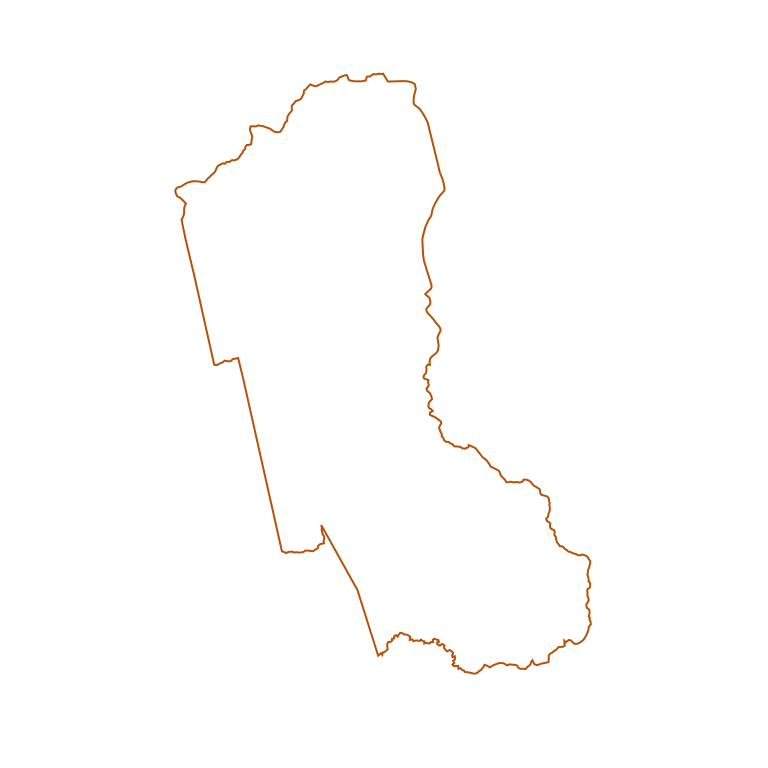 Likuyani, Western, Kenya, rotated 167°
{"feature_id": "3690345B37507144009314", "entity_name": "Likuyani", "entity_type": "district", "adm_level": 2, "iso_a3": "KEN", "parent_name": "Kenya", "parent_adm1": "Western", "projection": "orthographic", "projection_center": [35.073, 0.767], "detail": "fine", "context": "isolated", "style": "outline", "palette": "amber", "viewbox_px": 768, "rotation_deg": 167, "n_neighbors": 0, "source": "geoboundaries", "source_scale": "gbopen_adm2", "svg_char_len": 6091}
<svg xmlns="http://www.w3.org/2000/svg" viewBox="0 0 768 768"><g transform="rotate(167 384 384)"><path d="M236.0,109.9L236.8,111.5L235.5,113.8L234.7,116.8L235.4,119.1L236.8,120.4L236.6,123.4L233.2,127.2L233.0,129.1L233.5,131.9L232.7,134.4L232.6,136.6L231.6,138.5L229.3,139.2L228.4,141.3L228.0,143.6L229.1,145.5L228.5,147.6L228.4,149.7L228.8,152.0L226.7,157.3L225.3,159.3L224.4,161.2L223.3,163.2L222.9,165.0L223.9,167.4L224.7,170.0L225.9,171.4L229.2,173.3L231.3,172.9L233.5,173.5L235.0,175.0L238.6,177.0L240.3,178.5L242.2,179.3L243.2,181.1L244.9,182.5L245.9,184.9L247.5,186.0L249.2,186.5L249.9,188.5L251.1,191.0L251.3,193.9L251.0,196.3L252.0,198.6L250.9,201.4L251.4,203.7L253.4,204.9L254.3,206.4L254.2,208.6L253.3,210.7L254.5,212.5L256.0,213.8L256.4,216.2L254.0,217.8L252.8,220.7L250.9,223.5L250.3,226.0L250.1,229.0L249.3,230.8L249.5,232.7L249.1,234.8L249.7,236.8L250.9,238.1L255.4,240.5L256.3,242.2L256.0,244.7L256.1,246.6L259.1,249.7L260.7,250.9L263.1,255.6L264.9,257.6L267.3,259.0L269.5,259.3L271.5,257.6L274.1,257.5L276.6,258.6L279.4,258.9L281.8,260.1L284.8,260.3L286.9,260.7L287.6,263.3L288.9,265.5L290.1,267.2L290.9,269.3L291.0,271.1L291.4,273.2L292.5,274.5L294.4,276.0L298.6,279.5L299.3,281.9L301.1,286.4L302.3,288.2L304.2,290.1L309.2,300.7L311.1,302.4L315.2,305.4L316.1,303.4L320.1,302.8L322.1,303.7L323.7,305.5L326.0,306.4L328.4,307.0L329.9,307.9L330.7,310.0L332.8,311.3L334.2,313.1L336.2,313.5L338.0,315.4L338.4,318.1L339.6,320.2L338.9,322.3L339.8,324.8L340.1,329.1L338.6,331.2L337.1,332.6L337.0,334.7L341.6,340.1L343.1,341.3L344.8,342.4L346.3,343.7L345.5,345.9L342.6,346.7L343.6,348.7L345.4,350.4L345.9,352.1L344.3,356.1L340.6,358.4L340.6,361.5L341.4,365.0L343.5,367.6L343.6,370.2L341.7,371.4L340.6,372.9L340.8,375.4L339.9,377.9L343.7,380.4L343.9,382.2L342.9,383.6L340.8,385.1L339.4,388.1L339.0,391.3L336.9,393.1L335.0,392.2L334.5,395.9L333.1,398.6L330.6,400.3L326.3,402.3L324.2,404.2L322.7,407.4L322.0,409.7L321.6,416.5L321.0,418.2L317.0,423.1L316.6,425.5L317.6,428.2L319.8,432.3L321.5,436.4L325.2,442.9L326.1,445.0L326.1,447.2L324.7,448.7L321.8,450.7L320.5,452.7L320.2,455.4L320.4,457.8L321.5,459.4L322.7,460.8L323.6,462.3L316.6,466.5L315.7,468.2L315.5,470.0L317.4,495.5L316.8,501.3L314.6,513.9L314.0,516.6L312.0,520.9L308.3,527.8L304.1,533.4L300.8,536.6L299.7,538.2L298.3,541.4L296.8,544.2L293.7,548.3L289.0,553.4L286.9,555.2L283.0,557.9L281.7,559.0L281.0,560.8L280.7,567.1L281.2,572.5L282.0,577.2L282.1,580.0L282.0,584.0L282.6,628.4L282.9,630.4L283.4,632.6L285.5,639.5L287.6,644.6L291.0,648.4L291.9,650.3L291.7,652.6L290.5,656.5L289.4,659.0L286.6,664.4L286.6,669.5L290.1,672.3L293.8,673.9L297.7,674.9L312.1,677.8L315.1,686.6L317.0,686.7L319.2,687.5L322.3,687.5L324.8,688.4L328.7,686.7L331.0,687.4L332.4,686.2L333.0,684.1L335.5,683.8L337.3,683.9L343.8,685.3L346.1,686.1L348.1,687.0L349.9,688.3L350.7,693.3L353.1,693.6L358.3,692.7L361.3,690.5L364.2,689.8L366.7,690.3L368.5,690.9L370.5,690.8L373.0,691.9L375.6,691.0L380.0,690.1L382.6,689.4L384.9,690.0L386.5,691.1L388.4,692.5L391.8,690.3L393.6,688.9L396.0,687.9L397.0,684.7L399.3,682.2L400.7,680.5L402.9,679.8L406.6,679.5L408.5,677.6L410.1,676.8L411.4,675.6L412.2,671.3L413.6,670.1L415.3,668.9L417.9,666.3L419.2,662.1L421.4,661.2L422.9,659.1L424.2,656.9L426.3,655.1L428.3,653.1L430.7,653.1L432.8,653.8L434.4,654.8L437.6,658.4L444.0,662.5L448.6,664.3L450.8,663.8L455.9,665.1L457.4,662.6L457.3,659.0L456.8,656.4L456.7,654.2L457.9,652.2L458.7,649.7L459.7,647.4L462.0,647.4L464.1,647.7L465.6,646.4L466.5,644.3L468.5,643.1L470.1,640.8L472.4,639.3L474.0,637.4L476.3,636.0L479.3,635.6L482.0,636.3L484.8,635.1L487.2,635.8L489.6,634.4L491.3,635.3L496.5,634.0L498.1,632.6L500.8,628.9L502.8,627.6L504.7,626.7L506.9,625.2L509.2,624.0L513.2,620.9L515.4,621.4L517.0,622.2L519.2,623.1L523.2,624.3L525.6,624.6L528.0,624.5L530.0,624.4L532.2,623.9L537.7,622.0L540.4,622.1L542.4,621.2L544.0,619.3L544.0,616.8L543.3,613.6L540.6,611.1L536.4,604.6L538.0,602.4L539.1,600.4L540.3,595.7L541.0,593.9L542.1,592.2L544.3,589.6L544.8,568.7L544.5,532.8L545.1,441.0L543.3,440.2L540.8,440.3L538.5,441.2L536.4,441.4L533.9,442.6L530.2,440.9L528.1,440.8L525.6,442.3L523.1,442.1L520.3,442.2L520.0,423.5L521.1,244.0L519.2,242.8L517.2,241.2L514.8,241.9L512.8,241.6L510.8,241.1L509.3,239.9L507.4,239.9L505.0,238.9L502.1,238.5L500.0,238.5L498.4,239.4L496.6,239.1L494.2,238.3L490.8,237.0L488.4,238.0L485.4,238.8L484.6,241.0L483.0,242.1L480.6,242.4L478.3,242.2L478.0,245.0L476.9,246.8L476.8,249.1L477.6,251.7L477.5,256.1L476.9,258.1L476.9,260.7L457.4,193.3L456.3,190.1L450.8,120.6L447.6,122.4L446.6,120.5L445.7,122.7L443.6,122.8L440.1,124.6L439.5,129.7L438.1,131.6L435.6,131.3L433.6,132.2L433.5,134.0L431.6,133.8L430.5,136.2L428.8,136.5L427.6,134.7L426.1,136.4L424.3,137.8L421.9,137.0L420.8,135.3L418.9,135.1L417.2,133.9L415.4,132.0L416.5,128.8L413.9,128.9L413.1,126.8L411.0,126.9L409.2,126.6L407.0,125.6L405.3,126.6L404.2,124.8L402.5,124.2L403.2,122.1L401.4,122.3L397.9,120.8L396.2,122.1L394.1,121.5L394.1,123.6L392.5,124.5L388.6,122.2L388.5,120.4L390.3,120.4L390.6,118.5L388.4,116.5L385.9,117.7L383.9,115.7L385.0,113.5L384.0,111.4L382.7,109.3L379.9,110.1L378.1,108.0L377.1,106.1L378.8,104.1L378.6,102.4L376.3,102.8L376.4,101.1L377.1,99.5L379.0,98.7L378.3,96.3L380.4,95.3L379.3,93.3L377.2,93.1L375.2,92.6L375.5,89.7L373.3,89.9L372.1,87.7L370.6,86.9L369.9,85.2L367.6,84.4L365.1,83.4L362.8,82.1L360.6,81.3L358.2,81.5L355.7,82.9L353.6,83.6L351.8,85.2L350.3,86.3L349.3,87.8L347.2,86.6L344.6,84.1L341.8,85.1L336.9,86.0L334.3,86.1L332.0,85.6L330.3,85.0L327.1,82.1L324.6,82.6L322.9,81.9L318.8,80.6L317.4,79.3L316.9,77.3L315.1,75.7L313.0,75.4L310.0,74.4L308.1,76.1L305.9,76.9L304.4,77.9L303.1,80.1L301.5,81.4L301.1,79.2L300.5,77.2L298.6,75.8L296.7,75.7L295.0,76.0L293.1,76.1L290.4,76.1L288.2,75.9L286.1,76.3L284.5,82.3L282.5,84.0L280.3,84.4L278.7,85.6L277.0,85.9L275.2,86.8L273.2,88.4L268.6,87.7L266.7,88.4L266.7,90.3L266.0,93.3L265.0,91.4L261.7,93.0L259.7,92.3L258.4,90.0L256.9,88.0L254.1,87.4L251.9,87.8L248.1,89.3L246.4,90.6L243.8,93.2L241.2,96.7L239.7,99.6L238.8,101.7L236.6,103.2L236.2,106.0L236.8,108.1L236.0,109.9Z" fill="none" stroke="#b45309" stroke-width="2"/></g></svg>